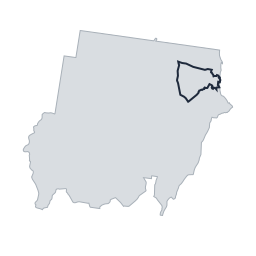 location of Al Ganab, Red Sea, Sudan, rotated 8°
{"feature_id": "16777658B97228063474151", "entity_name": "Al Ganab", "entity_type": "district", "adm_level": 2, "iso_a3": "SDN", "parent_name": "Sudan", "parent_adm1": "Red Sea", "projection": "robinson", "projection_center": [36.252, 19.345], "detail": "medium", "context": "in_parent", "style": "outline", "palette": "slate", "viewbox_px": 256, "rotation_deg": 8, "n_neighbors": 0, "source": "geoboundaries", "source_scale": "gbopen_adm2", "svg_char_len": 4873}
<svg xmlns="http://www.w3.org/2000/svg" viewBox="0 0 256 256"><g transform="rotate(8 128 128)"><path d="M174.4,209.8L172.1,209.8L171.9,209.2L171.9,207.6L172.2,206.3L173.0,204.4L172.8,203.3L172.9,201.7L172.3,200.0L167.0,194.9L165.9,193.5L163.0,192.2L163.5,190.8L162.4,180.5L163.0,179.3L163.1,177.4L163.1,175.9L163.8,173.2L163.9,172.1L158.2,172.0L158.1,173.1L158.3,174.4L158.3,174.9L150.3,175.0L153.5,179.0L153.7,180.8L153.5,183.0L153.5,184.5L153.7,185.4L154.5,187.2L154.5,187.5L154.3,188.0L148.6,193.4L147.6,195.9L146.9,197.2L145.2,199.4L140.0,205.2L139.2,205.6L135.2,205.8L134.8,205.9L134.5,206.2L134.4,206.1L131.0,202.8L125.3,198.7L121.5,200.8L120.5,201.6L120.5,203.5L119.9,204.5L118.9,205.6L116.1,206.3L114.7,206.9L112.9,208.0L111.2,209.9L111.1,210.8L111.3,211.7L101.7,211.7L101.1,211.0L99.7,207.9L98.7,208.1L90.0,207.8L88.7,208.1L86.2,209.3L85.0,209.5L83.7,209.0L79.1,202.9L78.1,202.2L77.1,200.8L76.1,200.1L75.8,199.7L75.7,199.0L75.7,197.7L75.4,196.9L74.7,196.7L68.5,198.1L67.6,197.9L66.3,198.2L65.9,198.4L65.3,199.2L65.2,200.9L65.1,201.7L64.6,202.6L62.8,204.7L62.4,205.6L62.5,207.8L62.4,208.9L62.1,209.5L61.3,210.3L61.0,210.8L60.7,213.7L59.7,215.5L59.5,216.1L59.4,217.3L59.3,217.7L56.5,218.7L55.4,219.3L54.8,220.3L54.6,220.8L53.4,220.4L51.9,220.1L49.0,219.8L47.8,219.4L47.3,218.7L47.5,216.9L47.2,216.6L46.7,216.3L46.4,215.5L46.5,214.6L48.0,212.6L48.4,211.5L48.8,206.4L48.7,204.9L47.5,202.1L44.7,197.1L44.1,196.2L40.6,192.2L40.2,191.6L39.4,189.9L40.4,186.1L40.4,185.1L40.2,184.0L39.3,183.2L38.6,183.1L37.5,182.1L36.9,181.7L36.3,180.8L35.9,179.6L36.2,175.2L36.0,174.6L35.1,174.4L34.9,174.1L35.0,173.3L34.5,170.8L34.0,168.7L34.3,167.6L33.6,166.0L32.2,165.3L29.4,165.9L28.5,165.8L27.9,165.5L27.5,164.9L27.3,164.2L27.5,163.2L28.3,161.3L29.3,159.8L31.4,158.4L31.9,157.7L32.2,156.8L32.3,155.9L32.2,154.9L32.0,154.0L31.4,152.8L30.9,151.3L30.9,150.4L31.1,149.7L31.7,148.9L33.7,147.3L35.8,145.9L36.1,145.4L36.0,144.9L35.1,143.8L34.8,141.6L34.3,140.1L35.3,139.0L36.1,138.6L37.3,138.2L37.8,137.8L37.9,136.8L37.9,136.0L38.3,135.3L38.9,134.0L39.4,133.3L41.0,131.7L41.4,130.7L41.5,129.7L41.1,126.6L42.0,125.4L43.2,124.3L44.9,124.4L47.4,124.2L49.2,123.7L50.4,123.7L53.3,124.3L53.6,124.1L53.7,123.3L54.7,65.5L66.4,65.5L66.6,65.4L67.1,38.1L140.9,38.1L141.5,38.0L142.7,35.4L143.1,35.2L143.9,35.4L144.2,36.0L143.5,38.1L207.9,38.1L208.1,41.2L208.6,43.7L210.4,47.3L212.0,49.2L212.5,50.2L212.6,50.7L212.5,51.2L212.0,50.7L211.3,50.3L211.1,52.0L211.5,55.4L212.2,57.8L211.7,60.0L211.8,63.8L212.6,68.3L212.4,71.2L213.8,77.9L215.1,81.6L215.8,82.5L216.6,83.0L218.2,83.3L220.5,85.2L222.3,87.2L223.0,88.3L223.8,89.4L224.4,89.2L224.8,88.9L225.4,89.8L228.3,91.8L228.7,92.8L227.7,93.7L226.5,95.3L225.9,96.7L225.6,97.2L224.6,98.1L224.5,98.5L224.1,98.8L223.6,98.8L222.6,99.3L221.8,99.2L220.9,99.4L220.5,99.8L219.8,100.1L218.9,100.3L217.4,101.5L216.1,102.1L215.6,102.6L214.9,105.1L214.4,105.7L212.5,105.8L211.6,106.0L210.3,105.7L209.6,105.7L209.5,106.3L209.2,108.4L209.3,109.3L208.2,111.7L208.5,116.2L207.5,119.6L207.3,120.3L206.2,123.0L205.7,124.0L204.4,129.0L203.8,130.5L202.7,132.1L203.9,144.1L202.9,147.8L202.9,149.8L202.3,152.8L201.7,154.1L200.9,155.8L200.1,157.6L199.5,160.1L199.1,164.7L198.9,165.1L195.4,165.7L194.3,166.0L193.6,166.5L192.7,167.7L190.9,170.9L190.0,172.9L188.6,175.6L186.9,177.6L186.5,178.5L186.3,180.3L185.6,183.0L185.1,185.0L185.2,186.5L184.6,189.3L184.7,190.6L184.1,191.4L183.3,192.1L182.8,192.2L180.4,190.4L178.7,191.7L177.6,193.4L176.8,195.2L177.3,199.0L177.2,199.8L177.0,200.8L175.4,204.5L174.9,206.2L174.4,209.1L174.4,209.8Z" fill="#d9dde1" stroke="#a8b0b8" stroke-width="1"/><path d="M172.8,80.9L175.2,87.8L179.1,89.2L179.4,89.4L181.0,90.4L181.9,91.4L183.9,93.6L184.5,93.1L191.5,85.5L191.6,85.3L192.7,83.7L193.0,83.1L192.8,82.6L193.4,81.0L194.2,80.7L195.2,79.9L196.0,80.0L196.2,79.6L198.0,78.8L197.9,77.8L198.4,77.2L199.5,77.6L201.0,77.3L202.6,73.2L204.8,73.9L205.5,74.3L205.3,76.4L205.8,77.1L206.7,77.4L207.2,76.0L209.2,76.6L210.1,77.4L209.8,76.3L209.9,75.7L212.7,75.0L211.9,73.8L211.0,73.0L210.9,69.6L212.3,69.6L212.3,69.8L212.5,69.9L212.4,70.1L212.5,70.1L212.6,69.8L212.6,69.6L212.6,69.4L212.6,69.0L212.6,68.9L212.6,68.6L212.6,68.4L212.7,68.1L212.7,67.8L212.6,67.7L212.6,67.3L212.5,67.2L212.3,66.9L212.2,66.8L212.3,66.8L212.2,66.6L212.1,66.3L212.0,66.2L212.0,66.3L211.9,66.2L212.0,66.2L212.0,65.9L211.9,65.9L211.8,65.7L211.8,65.4L211.7,65.4L211.7,65.5L211.6,65.4L211.8,65.3L211.7,65.1L210.1,63.5L208.7,63.2L208.4,64.2L206.2,64.5L205.5,64.9L205.4,64.7L205.1,63.7L204.9,63.4L204.1,62.7L203.5,61.8L203.2,61.6L202.8,61.5L202.5,61.3L202.4,61.1L202.6,59.8L202.7,59.0L202.8,58.7L198.8,58.5L196.1,59.7L184.1,58.4L176.6,56.1L172.6,56.1L168.5,55.3L168.6,55.6L168.8,55.9L168.9,56.5L169.0,56.8L169.2,57.0L169.3,57.2L169.4,57.8L169.6,58.1L169.9,58.6L169.2,64.5L170.2,69.4L169.9,73.2L170.0,74.3L170.8,75.6L171.4,76.8L172.8,80.9Z" fill="none" stroke="#1e293b" stroke-width="2"/></g></svg>